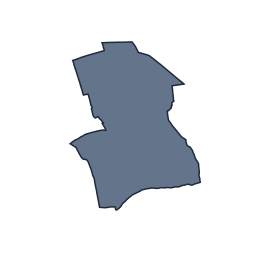 outline of Verbita, Dolj, Romania, rotated 52°
{"feature_id": "2599482B41750361793575", "entity_name": "Verbita", "entity_type": "district", "adm_level": 2, "iso_a3": "ROU", "parent_name": "Romania", "parent_adm1": "Dolj", "projection": "natural_earth1", "projection_center": [23.176, 44.286], "detail": "fine", "context": "isolated", "style": "filled", "palette": "slate", "viewbox_px": 256, "rotation_deg": 52, "n_neighbors": 0, "source": "geoboundaries", "source_scale": "gbopen_adm2", "svg_char_len": 5641}
<svg xmlns="http://www.w3.org/2000/svg" viewBox="0 0 256 256"><g transform="rotate(52 128 128)"><path d="M215.3,104.5L215.0,104.3L213.9,103.8L213.1,103.3L212.2,102.6L210.3,101.8L209.2,101.4L208.8,101.2L208.4,100.7L207.9,100.1L207.6,99.8L206.4,98.8L205.3,98.1L203.1,96.8L202.1,96.1L201.6,95.8L201.2,95.5L200.3,94.9L199.8,94.5L199.6,94.4L197.1,94.0L194.3,93.8L193.7,93.6L193.3,93.6L192.0,93.2L190.4,92.5L189.8,92.3L188.9,92.1L188.3,92.0L185.3,91.1L183.5,90.9L182.5,90.9L182.0,90.9L181.3,90.8L181.2,90.8L180.8,91.0L180.0,91.6L179.2,91.8L178.3,92.0L178.1,92.1L176.5,91.6L175.0,91.0L174.5,90.8L174.2,90.6L173.9,90.4L173.6,90.1L173.2,89.7L172.5,89.8L171.7,90.0L170.9,90.3L170.5,90.3L170.4,90.4L170.0,90.6L169.3,90.9L169.1,91.0L167.9,91.2L167.4,91.3L166.5,91.3L166.1,91.3L161.2,91.4L160.8,91.4L160.4,91.4L159.8,91.4L157.4,91.5L153.9,91.6L152.1,91.5L150.8,91.4L147.6,91.3L146.6,91.3L146.3,91.0L142.2,88.8L140.7,87.8L138.8,86.7L138.7,86.6L138.9,86.2L139.2,85.8L139.3,85.4L139.3,84.9L139.3,84.6L139.0,84.1L138.9,83.8L138.8,83.6L138.8,83.4L138.9,83.1L139.1,82.9L139.1,82.7L138.9,81.8L138.8,81.5L138.6,81.3L138.2,81.2L138.0,80.7L137.4,80.5L137.3,80.4L137.2,80.1L137.2,79.8L137.2,79.6L137.3,79.5L136.6,78.8L136.4,78.8L135.5,78.2L135.3,78.0L135.1,77.9L135.0,77.4L135.0,77.0L134.9,76.7L135.0,76.3L135.1,75.8L135.1,75.5L135.1,75.3L134.8,75.1L133.8,74.9L133.6,74.7L133.1,74.4L132.3,73.8L132.0,73.6L131.7,73.4L131.3,73.1L127.9,71.1L126.7,70.4L126.0,69.8L125.4,69.4L122.0,67.5L121.9,67.4L123.0,65.3L124.6,62.5L124.7,62.2L124.7,61.9L125.1,61.6L125.2,61.4L125.6,60.8L126.2,59.8L126.4,59.3L127.5,57.5L127.9,56.8L127.7,56.8L123.7,57.7L118.9,58.8L99.2,63.0L89.2,65.4L84.1,66.7L83.3,67.1L78.1,70.8L75.9,72.4L75.3,73.1L75.2,73.2L75.1,73.3L73.5,73.0L69.5,72.2L67.4,71.9L65.8,71.9L62.7,71.8L60.7,74.5L59.6,76.0L58.7,77.1L57.8,78.4L56.4,80.3L55.1,81.9L52.2,85.9L51.3,87.0L50.0,88.8L47.8,91.8L45.7,94.8L44.8,96.0L46.1,96.4L46.7,96.6L47.1,96.7L48.5,97.3L49.0,97.6L49.5,97.9L50.2,98.1L50.9,98.3L51.3,98.5L51.8,98.7L52.2,98.9L52.3,99.1L52.3,99.4L52.0,100.1L51.5,101.2L50.0,105.1L49.8,105.6L46.9,112.6L46.6,113.6L46.0,114.9L44.8,118.1L44.7,118.5L44.4,119.1L43.5,121.6L43.3,122.1L43.2,122.7L42.9,123.8L42.2,125.7L42.0,126.3L41.9,126.9L41.9,127.1L40.8,129.7L40.7,130.0L41.7,130.3L42.3,130.5L44.7,131.5L46.6,132.2L47.5,132.6L48.7,133.1L50.4,133.6L51.4,133.9L56.0,135.7L57.5,136.2L59.9,137.1L60.6,137.4L63.2,138.3L64.9,139.1L68.7,140.5L72.8,142.2L74.6,142.8L75.1,141.8L75.8,140.2L76.2,139.5L76.6,138.6L76.9,138.7L80.2,140.0L81.3,140.4L83.5,141.4L84.1,141.7L84.7,142.0L85.6,142.3L86.4,142.7L86.6,142.8L86.7,143.0L86.9,143.2L87.3,143.2L88.8,143.4L89.3,143.5L90.0,143.8L90.2,144.1L90.1,144.8L91.2,145.3L92.3,145.8L93.4,146.3L94.2,146.7L95.0,147.1L95.4,147.3L95.9,147.5L96.5,147.7L97.0,147.9L98.2,148.0L98.4,148.0L99.1,147.8L99.8,147.7L100.0,147.4L99.8,147.2L100.0,147.0L100.1,146.9L100.2,146.5L100.4,145.5L100.4,145.0L100.5,144.5L100.7,144.4L101.0,144.5L101.3,144.6L101.5,144.5L101.8,144.6L102.5,144.7L103.1,144.7L104.1,144.5L104.7,144.4L105.4,144.3L107.5,144.5L108.1,144.3L108.3,144.2L109.0,144.3L108.6,145.5L109.2,145.5L110.5,145.8L112.3,146.0L113.4,146.1L114.0,146.3L114.8,146.4L115.3,146.5L115.5,146.6L115.8,146.7L116.1,146.7L115.9,147.4L115.6,147.8L114.9,148.2L114.7,148.4L114.6,148.6L114.4,148.9L113.9,149.5L113.6,149.9L113.5,150.1L112.9,151.2L111.7,153.7L110.2,157.1L108.5,161.2L107.1,164.5L106.8,165.5L106.6,166.4L106.5,168.1L106.4,168.6L106.0,170.4L105.8,172.5L105.8,173.0L105.6,174.7L104.8,178.0L104.8,180.1L104.8,181.1L104.8,183.3L105.9,182.8L106.8,182.5L108.2,182.1L109.2,181.7L110.1,181.4L111.3,180.9L113.0,181.3L115.5,181.7L117.6,182.1L117.9,182.2L118.2,182.3L120.1,182.5L122.9,182.9L123.2,182.9L124.1,182.6L124.9,182.5L125.2,182.3L125.6,181.8L127.0,180.6L127.4,180.4L128.0,180.2L128.5,180.1L129.1,180.2L129.8,180.1L130.6,180.4L133.0,181.1L133.4,181.2L134.3,181.5L136.8,182.2L137.8,182.5L139.4,183.2L141.0,183.8L141.4,183.8L141.7,184.0L142.1,184.2L142.4,184.4L143.1,184.8L143.4,184.8L143.7,184.9L144.2,185.1L144.9,185.3L145.9,185.4L146.5,185.6L147.4,186.0L154.4,189.7L156.4,190.6L159.6,192.3L161.5,193.3L166.0,195.6L169.1,197.2L172.6,199.1L173.0,199.2L173.9,198.3L174.4,197.6L175.9,196.1L176.1,196.0L176.2,195.8L177.2,194.4L178.4,192.4L179.1,190.8L180.2,189.3L181.9,187.2L182.2,186.8L182.4,186.8L183.8,187.5L184.4,187.8L184.7,188.0L185.0,187.9L185.6,187.4L185.7,186.2L185.7,184.5L185.6,183.3L185.4,181.9L185.1,181.0L184.7,180.4L184.3,179.0L184.1,177.9L184.1,175.6L183.8,173.9L183.5,170.9L183.4,170.4L183.4,169.6L183.4,169.1L183.5,168.1L183.5,167.4L183.4,166.8L183.4,166.2L183.4,165.8L183.7,164.3L183.9,163.3L184.3,161.7L184.4,160.8L184.9,158.7L185.3,157.1L185.3,156.8L185.2,156.5L185.1,156.3L185.2,156.0L185.4,155.1L185.6,154.6L185.8,154.2L186.0,153.8L186.4,153.0L186.9,151.5L187.4,150.8L188.2,149.3L188.9,148.1L189.8,146.3L190.2,145.8L190.8,145.2L191.6,144.3L192.2,143.8L192.8,143.1L193.1,142.8L193.4,142.4L193.5,142.1L194.0,141.6L194.2,141.3L194.4,140.8L194.9,139.6L196.1,137.7L196.3,137.5L196.8,137.1L197.7,136.0L198.0,135.5L198.4,134.8L198.6,134.4L199.3,133.4L200.2,132.4L200.6,132.1L200.8,131.8L201.5,131.1L201.9,130.4L203.4,127.2L203.9,126.4L204.3,126.0L204.8,125.4L205.3,124.8L205.5,124.5L205.6,124.1L205.8,123.7L206.1,122.7L206.4,121.9L206.5,121.4L206.6,120.9L206.7,120.7L206.8,120.4L208.0,118.4L208.3,117.3L208.4,116.8L208.5,116.6L208.8,116.0L209.0,115.8L209.8,114.9L210.4,114.4L211.7,113.5L212.0,113.2L212.6,112.2L212.8,111.6L212.9,111.4L212.9,111.0L213.1,110.0L213.2,109.7L213.6,108.8L214.0,108.1L214.0,107.9L214.0,107.7L214.2,107.3L214.4,106.9L214.6,106.3L214.8,105.9L215.2,104.7L215.3,104.5Z" fill="#64748b" stroke="#1e293b" stroke-width="1.5"/></g></svg>